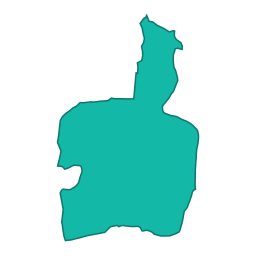 Harad, Hajjah, Yemen (Equal Earth projection)
{"feature_id": "15242507B65973742405389", "entity_name": "Harad", "entity_type": "district", "adm_level": 2, "iso_a3": "YEM", "parent_name": "Yemen", "parent_adm1": "Hajjah", "projection": "equal_earth", "projection_center": [43.134, 16.476], "detail": "fine", "context": "isolated", "style": "filled", "palette": "teal", "viewbox_px": 256, "rotation_deg": 0, "n_neighbors": 0, "source": "geoboundaries", "source_scale": "gbopen_adm2", "svg_char_len": 4734}
<svg xmlns="http://www.w3.org/2000/svg" viewBox="0 0 256 256"><path d="M174.7,31.1L173.9,30.8L173.4,30.6L173.1,30.7L170.2,31.7L169.4,32.0L163.9,28.5L159.7,26.5L157.0,25.2L152.7,21.9L149.1,21.3L146.7,15.4L145.8,17.3L143.8,18.4L140.1,23.5L142.1,27.8L143.1,33.2L144.4,38.3L143.6,42.6L141.5,46.4L142.5,50.9L142.7,55.6L141.7,60.6L137.4,62.8L138.0,67.5L137.5,73.3L136.1,72.9L134.8,87.2L133.8,98.7L130.1,98.9L126.1,98.9L119.2,98.7L118.6,98.7L118.3,98.7L116.0,98.8L115.2,98.8L111.4,98.1L107.9,100.6L104.0,101.0L100.1,101.2L96.3,101.8L92.4,102.1L91.7,101.8L87.7,102.2L83.9,102.7L80.1,102.6L79.5,103.2L76.5,106.2L73.0,107.9L69.5,110.9L65.9,113.3L62.6,116.5L60.3,120.5L59.7,125.9L59.1,131.3L58.5,136.6L57.5,142.4L59.3,146.7L61.0,151.0L59.9,157.1L57.6,166.0L62.5,166.6L64.8,169.2L65.4,169.0L66.5,168.6L68.4,167.9L69.2,167.6L72.5,165.8L73.1,165.5L74.2,165.2L75.1,165.2L76.4,165.2L76.9,165.2L77.9,165.6L78.3,165.4L79.0,165.6L79.9,165.7L80.6,166.0L81.0,166.3L81.5,167.8L81.7,168.3L81.8,168.8L81.9,169.9L82.0,170.5L82.0,171.1L81.9,172.0L81.8,172.4L81.4,173.5L81.1,174.2L80.9,174.6L80.6,175.8L80.0,177.4L79.7,178.6L79.4,179.9L79.1,181.1L78.7,182.3L78.2,183.3L77.5,184.2L76.8,185.1L76.0,185.9L75.2,186.5L74.3,187.2L73.4,187.8L72.5,188.2L71.2,189.1L70.3,189.5L69.4,189.6L68.4,189.7L67.5,189.6L66.4,189.5L65.5,189.5L64.5,189.2L63.5,189.2L62.6,189.4L61.8,190.1L61.2,191.0L60.7,192.0L60.2,193.0L63.2,209.3L62.7,213.8L61.7,222.2L62.0,223.4L62.3,224.7L62.4,225.8L62.6,227.0L62.8,228.2L62.9,229.4L63.1,230.7L63.3,231.9L63.5,233.2L63.7,234.5L63.9,235.9L64.3,237.1L64.7,238.4L65.1,239.6L65.4,240.6L66.6,240.4L67.5,240.3L68.8,240.2L70.1,240.0L71.1,239.9L72.1,239.7L73.2,239.4L74.2,239.1L75.1,238.9L76.2,238.6L77.2,238.4L78.3,238.1L79.2,237.9L80.3,237.6L81.5,237.3L82.3,237.0L82.5,237.0L83.6,236.6L84.8,236.3L85.7,236.1L86.6,235.8L87.6,235.6L88.5,235.4L89.6,235.2L90.6,235.0L91.6,234.8L92.8,234.6L93.7,234.4L95.0,234.1L96.1,234.0L97.2,233.8L98.4,233.6L99.6,233.3L100.7,233.1L101.8,232.9L102.7,232.7L103.7,232.5L104.7,232.4L104.8,232.3L110.6,226.7L117.1,225.4L119.0,226.7L119.9,226.2L120.9,225.8L121.8,225.6L122.8,225.5L123.7,225.6L124.8,225.8L125.7,225.9L126.8,225.9L127.9,226.1L129.1,226.3L130.1,226.4L131.1,226.5L132.3,226.6L133.2,226.5L134.5,226.5L134.9,226.5L135.8,226.4L136.7,226.4L137.7,226.4L138.6,226.6L139.5,226.9L140.3,227.7L140.9,228.7L141.0,228.9L141.4,229.8L141.9,230.8L142.8,231.0L143.9,230.8L144.9,230.5L145.9,230.4L146.9,230.4L147.8,230.5L148.9,230.8L149.8,231.1L150.7,231.5L151.6,231.9L152.5,232.6L153.3,233.1L154.1,233.8L154.1,234.2L160.7,235.9L161.2,236.0L169.5,235.9L174.6,234.1L178.8,232.2L179.1,231.7L179.7,230.7L180.1,229.6L180.5,228.2L180.8,227.1L181.2,225.7L181.6,224.4L181.9,223.1L182.3,221.7L182.6,220.5L184.3,210.9L184.5,210.8L185.6,209.6L187.2,207.5L187.6,206.4L188.0,205.2L188.4,204.1L188.9,202.8L189.4,201.6L189.9,200.6L190.2,199.4L190.7,198.1L191.1,196.9L191.5,195.6L191.8,194.4L192.1,193.2L192.4,192.0L193.0,191.1L193.7,190.3L194.6,189.6L195.5,189.2L195.4,188.1L195.2,186.9L195.1,185.6L195.1,184.2L195.1,183.0L195.1,181.6L195.2,180.2L195.2,178.9L195.2,177.2L195.2,176.0L195.2,174.6L195.3,173.1L195.3,171.7L195.3,170.3L195.4,168.9L195.5,167.5L195.6,166.1L195.7,164.8L195.7,163.6L195.8,162.3L195.9,161.0L196.0,159.7L196.2,158.4L196.2,157.1L196.3,155.8L196.3,154.2L196.4,152.8L196.5,151.5L196.6,150.1L196.8,148.9L197.1,147.5L197.3,146.3L197.6,145.0L197.9,143.6L198.0,142.4L198.2,141.2L198.3,139.8L198.5,138.5L198.5,137.2L198.5,136.3L198.5,135.9L198.4,134.7L198.2,133.3L197.9,132.1L197.5,130.8L197.0,129.8L196.4,128.9L195.6,128.3L194.9,127.5L194.0,126.6L193.3,125.8L192.4,125.0L191.4,124.3L190.5,123.6L189.6,123.0L188.8,122.5L187.8,121.9L187.2,121.6L186.9,121.4L185.9,121.0L184.8,120.5L183.9,120.2L182.9,119.8L182.0,119.4L180.8,118.8L179.8,118.3L178.9,117.8L177.9,117.2L177.0,116.8L176.9,116.8L176.0,116.4L175.1,116.2L174.0,116.1L172.8,115.9L172.0,115.8L171.8,115.8L169.3,114.9L168.1,114.5L163.9,112.8L163.3,111.8L162.8,110.6L162.6,109.3L162.4,108.1L162.4,107.9L162.4,106.9L162.9,105.7L163.5,104.7L164.2,103.9L165.0,103.0L165.7,102.1L166.3,101.2L167.1,100.3L167.9,99.4L168.6,98.5L169.3,97.6L169.9,96.4L170.5,95.3L171.1,94.2L171.7,93.2L172.4,92.7L173.3,91.6L173.9,90.2L174.6,88.4L177.7,80.5L177.5,77.7L176.2,73.0L176.1,72.3L175.8,71.1L175.2,69.8L174.7,68.7L174.1,67.6L173.8,66.3L173.7,65.1L173.4,63.6L173.4,62.3L173.3,61.0L173.2,59.7L173.2,58.2L173.3,56.9L173.3,56.2L173.3,55.7L173.5,54.5L173.9,53.1L174.4,52.1L175.0,49.4L175.5,48.7L177.2,48.2L180.5,49.0L181.6,49.4L182.1,49.5L182.3,49.0L182.1,48.0L182.3,46.1L181.0,42.8L176.3,39.5L175.7,38.5L175.0,37.6L174.6,36.5L174.5,35.9L174.4,35.3L174.4,34.8L174.4,34.7L174.4,34.4L174.4,34.2L174.5,31.7L174.6,31.4L174.7,31.2L174.7,31.1Z" fill="#14b8a6" stroke="#0f766e" stroke-width="1.5"/></svg>